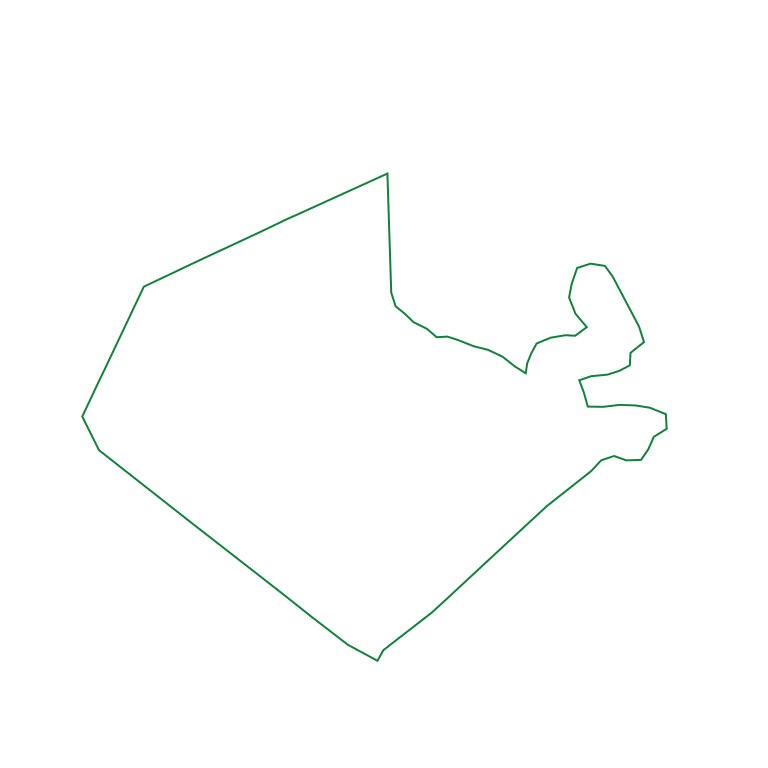 Engenheiro Paulo de Frontin, Rio de Janeiro, Brazil (Albers equal-area conic projection), rotated 219°
{"feature_id": "56859067B20442961875436", "entity_name": "Engenheiro Paulo de Frontin", "entity_type": "district", "adm_level": 2, "iso_a3": "BRA", "parent_name": "Brazil", "parent_adm1": "Rio de Janeiro", "projection": "albers", "projection_center": [-43.66, -22.521], "detail": "fine", "context": "isolated", "style": "outline", "palette": "green", "viewbox_px": 768, "rotation_deg": 219, "n_neighbors": 0, "source": "geoboundaries", "source_scale": "gbopen_adm2", "svg_char_len": 1042}
<svg xmlns="http://www.w3.org/2000/svg" viewBox="0 0 768 768"><g transform="rotate(219 384 384)"><path d="M631.9,308.5L609.9,217.9L607.5,207.6L598.0,168.8L563.8,153.2L448.5,154.9L333.0,157.1L292.9,157.5L247.8,158.6L214.9,164.8L217.0,176.8L203.0,236.5L201.4,247.0L198.4,267.8L193.1,305.1L184.2,366.9L180.6,391.7L168.2,446.7L167.2,461.4L159.9,472.8L147.6,477.2L136.5,486.8L137.5,499.5L141.1,512.7L136.1,527.1L146.0,537.9L162.6,532.8L175.1,525.6L187.9,515.9L199.4,504.1L211.4,494.7L223.7,503.4L234.6,509.8L228.0,520.3L216.0,532.2L209.3,542.5L204.7,553.2L212.0,563.3L208.3,580.2L221.9,589.1L274.1,611.5L286.7,614.8L299.2,607.5L306.9,595.7L301.2,580.1L294.6,567.7L279.4,559.1L262.2,555.8L265.8,541.8L273.7,536.1L283.6,524.9L290.9,511.5L288.9,500.8L285.7,490.1L280.6,481.5L293.5,480.0L309.1,479.8L324.7,476.0L338.3,469.7L353.7,464.9L364.6,460.7L372.5,453.5L385.5,453.9L400.0,450.6L412.0,451.7L423.9,451.7L435.9,459.6L513.8,549.7L559.0,459.2L563.6,450.2L575.6,424.8L603.1,368.5L631.9,308.5Z" fill="none" stroke="#15803d" stroke-width="2"/></g></svg>